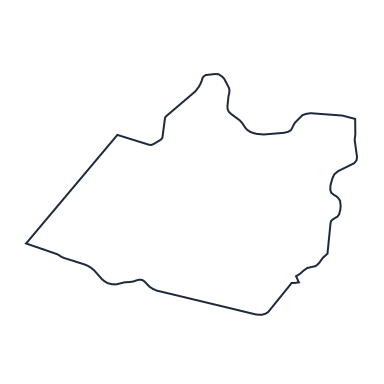 the Province of Eastern Highlands, rotated 93°
{"feature_id": "PNG-1243", "entity_name": "Eastern Highlands", "entity_type": "Province", "adm_level": 1, "iso_a3": "PNG", "parent_name": "Papua New Guinea", "parent_adm1": "", "projection": "robinson", "projection_center": [145.54, -6.548], "detail": "fine", "context": "isolated", "style": "outline", "palette": "slate", "viewbox_px": 384, "rotation_deg": 93, "n_neighbors": 0, "source": "natural_earth", "source_scale": "10m", "svg_char_len": 1469}
<svg xmlns="http://www.w3.org/2000/svg" viewBox="0 0 384 384"><g transform="rotate(93 192 192)"><path d="M148.7,29.0L151.8,29.4L154.7,31.5L163.4,47.0L166.9,50.8L171.3,52.6L178.4,54.1L182.7,54.0L185.5,52.9L187.4,50.2L188.8,47.5L190.7,45.3L193.3,43.6L198.4,42.8L202.4,43.0L206.7,44.0L208.9,45.4L211.9,49.8L213.6,51.5L215.5,52.0L242.7,53.3L243.4,53.4L246.4,53.4L250.8,57.8L256.7,61.7L259.5,64.6L261.9,73.0L264.7,76.5L268.0,79.8L270.7,83.7L272.0,82.9L275.3,81.3L276.6,80.5L277.4,84.2L277.6,87.8L280.7,89.9L307.8,109.6L309.8,112.4L311.0,116.1L311.0,121.5L292.3,222.1L290.8,226.1L288.7,229.6L283.9,234.7L282.5,237.0L282.3,239.8L283.1,242.7L284.5,246.0L285.2,249.8L285.7,254.5L288.2,262.8L288.3,267.2L287.4,271.5L285.6,274.9L283.8,277.3L275.2,285.8L272.8,289.1L271.1,292.4L270.0,295.4L264.5,316.7L263.4,319.3L262.1,321.5L261.1,323.6L252.1,355.0L138.9,269.5L147.0,237.7L147.2,235.2L146.0,232.7L141.9,226.6L140.6,225.1L139.3,224.4L119.2,222.8L117.8,221.9L91.3,193.9L86.6,190.7L83.5,189.2L80.4,188.1L77.7,187.5L76.0,186.4L74.5,184.4L73.0,175.3L73.0,171.6L75.3,167.8L77.2,165.8L86.0,160.6L88.4,159.9L91.4,160.0L94.6,160.6L104.5,161.1L107.5,160.7L109.9,159.5L112.1,156.9L118.0,148.0L120.6,145.4L125.1,142.1L127.0,140.2L128.8,137.2L130.0,133.6L130.6,129.9L130.8,123.3L128.1,103.4L126.9,99.2L125.1,96.5L123.2,95.5L118.9,93.7L116.9,92.4L109.5,85.7L108.1,82.4L107.1,77.7L107.8,45.8L110.5,32.9L126.0,31.9L131.3,32.3L148.7,29.0Z" fill="none" stroke="#1e293b" stroke-width="2"/></g></svg>